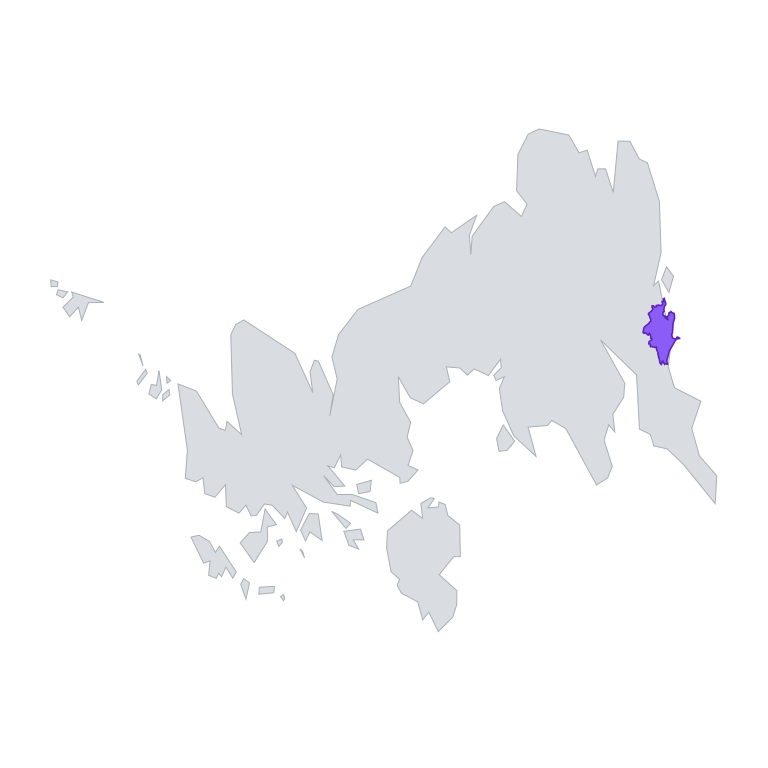 where Dorset sits in United Kingdom, rotated 268°
{"feature_id": "GBR-2051", "entity_name": "Dorset", "entity_type": "Administrative County", "adm_level": 1, "iso_a3": "GBR", "parent_name": "United Kingdom", "parent_adm1": "", "projection": "equal_earth", "projection_center": [-2.221, 50.805], "detail": "fine", "context": "in_parent", "style": "filled", "palette": "violet", "viewbox_px": 768, "rotation_deg": 268, "n_neighbors": 0, "source": "natural_earth", "source_scale": "10m", "svg_char_len": 5517}
<svg xmlns="http://www.w3.org/2000/svg" viewBox="0 0 768 768"><g transform="rotate(268 384 384)"><path d="M420.6,601.9L376.3,624.7L362.4,623.1L345.7,611.6L328.0,613.0L335.4,607.2L320.3,601.9L293.7,609.3L282.4,604.2L275.6,592.9L333.0,564.2L341.8,550.3L336.8,546.1L335.9,526.5L306.3,533.4L327.6,511.9L353.3,501.6L375.5,499.1L387.0,504.6L383.7,496.1L388.8,494.0L396.1,501.7L404.7,501.4L388.8,488.6L395.9,474.7L389.9,467.7L397.3,460.4L399.0,446.8L384.0,449.9L362.8,422.7L369.3,409.8L390.8,398.6L365.1,399.0L344.7,409.3L330.0,405.2L316.7,410.7L301.8,405.2L296.9,415.0L285.9,404.5L284.2,396.6L290.1,396.5L309.5,364.9L299.1,352.8L302.6,338.8L314.6,338.2L301.9,331.4L304.2,324.9L283.4,341.3L283.2,330.5L294.6,320.4L275.2,333.3L274.7,348.5L265.7,371.8L255.2,373.4L268.9,346.5L263.1,345.9L268.1,319.3L285.9,288.8L262.7,302.3L239.5,291.2L259.4,283.1L253.1,280.1L266.6,268.2L268.3,260.4L257.1,251.8L256.9,246.5L267.8,241.8L260.0,234.6L267.0,222.1L288.9,222.1L276.8,211.0L280.7,201.1L296.6,199.8L292.9,192.6L296.6,182.1L324.7,185.2L391.3,178.1L383.5,196.3L345.6,217.5L343.3,223.8L352.0,225.8L338.3,240.0L379.2,232.2L438.6,232.6L448.6,237.9L452.9,246.1L417.7,296.1L377.8,312.5L398.7,310.5L410.2,315.2L409.1,319.2L375.1,332.8L354.0,328.7L390.5,337.4L412.8,332.9L435.1,340.4L459.5,360.7L480.9,414.1L509.1,426.5L538.8,450.5L532.8,456.6L549.4,482.5L529.8,474.5L510.2,475.3L528.7,477.3L557.6,499.8L562.0,510.9L546.6,527.1L558.6,533.3L572.6,523.2L608.8,525.9L628.7,536.8L633.4,548.0L626.4,577.4L608.3,587.0L610.6,595.2L584.0,602.6L591.5,605.2L591.3,612.9L567.5,619.8L618.6,626.4L618.0,638.2L600.0,647.0L595.8,655.0L556.9,665.6L505.7,665.5L473.0,656.9L477.3,661.9L441.3,668.1L444.9,674.5L441.0,676.2L391.2,668.7L370.1,674.2L355.7,700.1L329.0,690.0L301.2,696.7L280.7,713.4L252.8,710.8L292.9,680.7L309.3,664.8L312.6,651.6L324.3,648.4L330.0,637.8L384.3,636.7L420.6,601.9ZM240.4,454.7L208.7,454.3L209.1,447.7L191.5,432.5L175.0,449.6L160.8,448.9L148.5,444.5L134.6,429.6L154.5,420.8L147.0,414.4L165.1,410.1L174.4,394.0L182.5,390.1L188.2,392.8L196.2,384.5L219.8,380.9L237.0,382.3L256.8,407.0L248.5,417.9L263.3,416.6L268.7,426.7L267.9,430.3L258.7,423.6L259.2,434.1L264.1,434.8L261.5,440.9L250.4,443.2L240.4,454.7ZM239.3,193.9L232.8,204.1L221.5,209.7L227.7,213.9L201.3,229.8L195.3,226.1L206.5,219.6L197.0,214.9L200.6,212.2L195.7,209.5L198.9,202.1L213.4,204.0L211.2,197.5L237.7,185.8L239.3,193.9ZM240.3,244.3L240.4,255.6L263.1,260.8L247.2,271.6L245.1,262.3L231.1,262.2L210.1,248.0L230.2,234.7L240.3,244.3ZM471.9,65.8L481.8,76.5L486.8,75.1L475.3,106.9L475.6,91.4L457.9,84.1L471.5,81.3L462.2,72.3L471.9,65.8ZM256.3,313.7L229.8,316.7L238.8,304.8L230.0,300.1L240.8,295.5L257.3,304.8L256.3,313.7ZM325.5,494.6L338.9,501.7L322.3,512.6L313.3,504.6L312.7,496.6L325.5,494.6ZM238.2,338.7L239.8,355.4L228.9,358.5L229.4,347.9L219.9,352.9L224.0,343.3L238.2,338.7ZM391.6,151.3L390.6,156.7L405.4,159.6L386.0,161.7L377.1,155.9L382.2,148.7L391.6,151.3ZM288.2,368.1L277.0,366.2L275.3,354.8L284.6,353.3L288.2,368.1ZM491.2,670.4L481.7,677.1L465.5,672.0L478.4,665.0L491.2,670.4ZM245.9,345.8L241.0,341.0L258.5,327.3L254.8,334.2L245.9,345.8ZM189.0,233.8L194.4,237.1L189.8,242.6L173.8,238.5L189.0,233.8ZM185.6,267.4L179.2,266.5L178.3,251.6L185.3,252.2L185.6,267.4ZM487.2,71.2L481.3,66.2L484.7,59.7L489.5,61.6L487.2,71.2ZM407.1,146.3L403.0,147.7L391.7,138.4L395.3,137.1L407.1,146.3ZM386.0,168.9L380.5,169.6L375.0,162.2L380.9,162.5L386.0,168.9ZM499.7,54.6L497.3,61.7L492.8,61.0L493.0,54.7L499.7,54.6ZM421.4,141.5L410.3,143.8L422.5,139.9L421.4,141.5ZM232.7,276.4L229.4,277.0L225.3,273.2L230.8,271.3L232.7,276.4ZM399.0,167.0L395.1,171.0L392.3,167.2L399.0,167.0ZM219.8,296.7L212.9,298.6L222.1,294.3L219.8,296.7ZM177.0,276.4L172.7,277.2L170.9,275.9L175.3,273.2L177.0,276.4Z" fill="#d9dde1" stroke="#a8b0b8" stroke-width="1"/><path d="M459.8,667.2L458.8,667.2L457.6,667.4L455.6,668.3L454.7,668.5L453.4,668.3L452.4,667.3L450.7,666.7L449.6,666.4L448.6,666.3L447.8,666.3L447.3,666.3L447.0,666.5L446.6,666.0L445.9,665.5L444.9,665.2L443.8,665.2L443.1,665.2L442.6,665.7L442.4,666.2L442.0,667.1L441.8,667.9L441.5,668.1L441.1,667.3L440.9,667.2L440.4,667.5L438.6,669.9L439.3,669.8L439.9,669.6L440.5,669.3L441.0,668.9L442.1,670.5L442.8,671.0L443.7,671.2L444.6,671.2L445.3,671.3L445.7,671.8L445.3,672.9L446.1,673.3L446.4,673.4L444.6,675.2L444.7,676.2L443.7,676.6L439.5,676.7L438.6,676.5L434.7,675.0L425.1,674.1L423.4,673.2L422.3,673.4L420.3,673.9L419.7,674.5L419.1,675.9L418.8,677.3L419.2,678.0L420.5,678.3L420.7,679.1L420.1,680.2L419.4,681.1L419.1,681.1L419.0,678.6L417.8,677.0L407.0,670.3L398.1,667.6L397.0,667.5L393.9,668.1L393.8,667.5L394.6,665.7L393.9,665.1L397.2,663.4L396.9,662.8L395.2,662.6L393.8,661.8L395.3,660.5L400.3,659.8L401.1,659.2L402.1,659.6L403.6,658.8L405.9,658.8L409.1,657.5L411.1,657.6L411.5,657.3L411.0,655.9L411.6,655.1L411.6,653.8L412.1,652.9L411.9,651.7L413.2,651.3L413.9,651.7L414.4,651.5L414.9,650.9L414.7,650.2L414.9,650.0L417.2,650.4L418.5,652.6L419.5,653.3L420.1,653.2L420.3,652.2L420.5,652.1L422.2,652.4L425.4,651.2L425.4,650.8L423.7,650.2L423.7,649.7L424.0,649.1L426.1,647.4L425.5,645.9L426.2,644.7L428.0,644.9L429.2,645.4L430.5,645.5L431.3,645.8L432.8,647.3L435.4,651.0L436.5,651.4L437.0,652.4L437.7,653.0L439.8,652.7L441.1,652.0L443.1,651.6L444.4,650.6L445.4,650.9L447.6,653.8L449.1,655.1L450.0,655.2L451.3,654.5L452.9,654.7L452.6,656.3L451.2,657.2L451.5,658.9L452.9,658.8L453.4,661.2L452.9,662.0L452.7,663.1L453.2,664.4L453.9,665.3L456.6,664.7L456.8,664.8L456.6,666.2L459.6,666.2L459.8,667.2Z" fill="#8b5cf6" stroke="#5b21b6" stroke-width="1.5"/></g></svg>